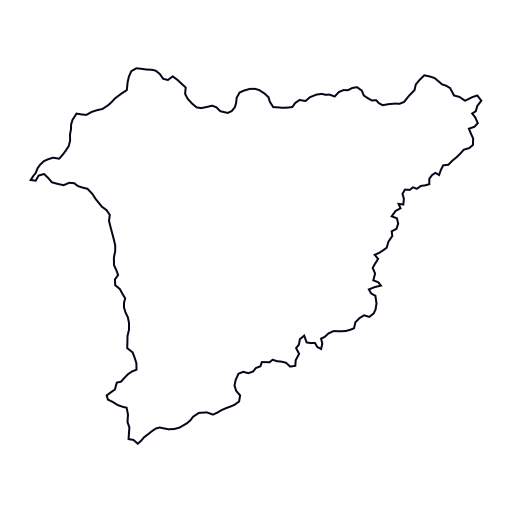 outline of Campo Belo, Minas Gerais, Brazil
{"feature_id": "56859067B10517549760367", "entity_name": "Campo Belo", "entity_type": "district", "adm_level": 2, "iso_a3": "BRA", "parent_name": "Brazil", "parent_adm1": "Minas Gerais", "projection": "natural_earth1", "projection_center": [-45.252, -20.941], "detail": "fine", "context": "isolated", "style": "outline", "palette": "ink", "viewbox_px": 512, "rotation_deg": 0, "n_neighbors": 0, "source": "geoboundaries", "source_scale": "gbopen_adm2", "svg_char_len": 3738}
<svg xmlns="http://www.w3.org/2000/svg" viewBox="0 0 512 512"><path d="M137.8,443.7L141.1,440.8L144.1,437.2L148.1,434.2L152.4,430.8L155.9,428.5L159.7,427.5L163.4,428.3L168.6,429.3L174.2,429.0L179.5,427.6L183.3,425.4L186.9,423.3L190.3,420.4L193.1,416.7L198.9,412.9L206.8,412.4L213.0,414.6L217.2,412.7L221.2,410.3L225.9,408.2L230.6,406.5L234.7,404.7L239.1,401.5L240.1,395.4L236.2,390.9L234.5,385.7L235.7,379.8L238.5,373.7L243.3,371.8L248.3,373.2L253.1,371.5L255.9,368.0L260.4,366.3L261.8,362.1L265.6,362.1L269.5,362.3L272.7,359.7L276.9,361.2L281.2,361.6L285.9,362.7L290.2,366.6L295.3,365.8L295.7,360.2L299.1,353.8L296.1,348.1L298.9,344.6L299.9,339.2L304.2,335.6L306.6,342.4L310.8,343.1L314.9,342.9L317.3,347.0L321.1,349.0L322.3,343.7L321.1,338.6L324.7,336.9L328.5,333.4L333.5,331.1L340.7,331.3L345.8,331.0L350.1,329.8L354.0,328.3L355.4,322.3L359.5,318.1L364.1,315.3L369.3,316.9L373.7,313.4L375.5,309.6L376.5,303.6L375.4,295.8L371.2,293.5L368.9,289.4L374.7,287.1L380.9,285.6L378.3,282.3L373.3,280.3L375.1,273.6L372.7,267.9L374.9,264.0L378.1,258.9L374.7,254.8L379.3,252.8L383.3,250.2L386.7,247.7L388.4,241.7L392.3,236.0L391.7,231.3L396.4,228.9L398.2,223.7L396.9,218.3L391.7,216.3L395.6,210.9L400.5,208.3L398.6,203.9L403.3,204.5L403.9,198.9L402.5,193.8L405.0,189.6L409.8,189.9L413.0,187.3L416.8,188.8L421.0,185.9L425.0,185.4L429.3,184.2L429.3,178.8L432.1,175.0L435.5,172.9L439.1,175.0L440.8,170.1L443.2,165.3L448.3,164.8L452.2,160.8L456.8,157.0L460.4,153.5L463.8,149.7L469.2,148.1L473.0,144.9L473.1,138.4L470.7,133.1L468.9,128.7L474.4,126.8L477.8,123.2L475.4,117.7L472.2,113.5L475.8,111.2L477.3,105.9L481.3,100.7L477.3,95.5L472.6,97.0L469.0,98.8L465.0,100.7L459.4,96.9L454.0,95.5L452.1,91.8L450.0,88.0L445.9,85.6L442.1,84.4L439.1,81.8L434.6,78.1L429.9,76.5L424.3,75.3L419.3,80.2L415.8,84.5L414.5,90.1L409.0,95.8L404.0,102.0L399.5,103.8L395.4,103.6L388.9,104.1L382.7,105.2L378.9,103.2L376.1,100.2L371.9,100.5L367.8,98.2L363.8,95.5L361.8,90.6L357.0,87.2L352.2,88.0L348.1,90.1L343.5,90.1L338.9,92.0L334.7,96.5L329.4,94.6L325.6,94.8L321.8,93.9L316.4,94.6L310.0,97.2L305.5,101.0L299.5,100.0L295.1,103.1L292.4,107.0L287.9,107.6L282.6,107.8L278.3,107.4L273.2,107.1L269.8,101.7L268.5,97.2L264.4,93.4L259.2,90.1L255.3,88.9L249.8,88.9L243.9,90.6L239.6,92.5L236.7,97.7L236.1,103.1L234.8,107.3L231.7,111.1L227.8,112.9L224.0,112.1L220.3,111.2L216.4,107.3L212.2,105.7L206.2,107.1L201.2,108.1L196.6,107.4L192.1,103.6L187.7,98.8L185.1,93.9L185.7,87.5L181.1,83.3L177.6,80.0L172.7,76.4L167.9,80.0L163.2,78.8L159.8,74.0L155.7,70.7L152.1,69.8L146.1,69.5L141.5,68.8L136.3,68.3L131.3,71.2L128.9,76.6L127.6,82.3L126.8,90.1L121.7,93.4L118.2,96.0L115.0,98.4L112.0,101.7L108.2,105.2L102.4,109.0L96.9,110.2L91.7,111.9L86.3,114.9L81.3,114.4L76.5,113.6L72.6,119.7L71.1,124.5L71.0,129.1L70.0,134.5L70.1,140.7L68.7,146.1L65.8,150.6L63.2,154.1L59.2,158.7L53.1,157.7L48.5,159.1L44.1,161.0L40.0,164.8L37.5,168.4L35.8,172.8L33.0,176.4L30.7,180.0L35.7,180.7L38.7,175.5L44.1,174.0L48.5,178.3L51.9,182.3L57.3,183.8L63.6,185.2L69.2,182.8L74.2,183.2L78.0,186.1L82.2,187.5L87.5,188.8L92.5,194.1L95.7,199.1L98.9,203.0L101.9,206.7L106.5,210.1L109.8,214.9L109.0,220.9L110.6,227.3L112.6,234.8L114.2,240.9L115.2,245.5L115.2,251.2L113.9,257.5L114.0,265.1L116.4,270.3L118.1,275.0L114.9,279.5L115.2,285.2L119.8,289.0L122.9,294.6L125.2,298.4L124.0,302.7L124.0,307.6L125.7,312.9L127.8,317.1L129.0,322.8L129.0,329.7L127.5,336.0L127.4,342.2L127.2,348.1L132.6,352.4L134.5,357.3L136.4,363.3L136.5,369.7L132.0,371.5L128.0,374.2L124.4,377.9L121.0,381.7L116.8,382.6L114.9,389.5L110.2,392.8L106.7,395.4L107.9,399.6L112.5,401.8L117.8,405.1L122.6,406.8L126.6,407.7L128.0,414.6L127.5,422.1L129.4,427.5L128.9,433.7L128.6,439.1L133.4,439.9L137.8,443.7Z" fill="none" stroke="#020617" stroke-width="2"/></svg>